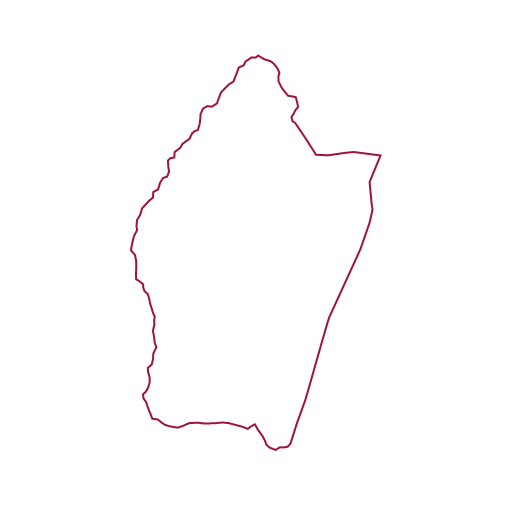 outline of Canapi, Alagoas, Brazil, rotated 164°
{"feature_id": "56859067B46648773088158", "entity_name": "Canapi", "entity_type": "district", "adm_level": 2, "iso_a3": "BRA", "parent_name": "Brazil", "parent_adm1": "Alagoas", "projection": "natural_earth1", "projection_center": [-37.509, -9.127], "detail": "fine", "context": "isolated", "style": "outline", "palette": "rose", "viewbox_px": 512, "rotation_deg": 164, "n_neighbors": 0, "source": "geoboundaries", "source_scale": "gbopen_adm2", "svg_char_len": 2093}
<svg xmlns="http://www.w3.org/2000/svg" viewBox="0 0 512 512"><g transform="rotate(164 256 256)"><path d="M274.6,66.1L262.6,84.2L253.4,96.9L247.8,104.7L236.3,123.1L218.6,151.6L205.9,171.8L202.4,177.0L175.2,208.7L168.3,216.8L153.9,233.6L139.6,253.9L137.4,257.1L134.1,263.1L131.2,268.5L130.3,275.2L126.4,295.8L108.6,318.3L123.8,324.9L128.7,327.0L133.4,329.0L137.8,329.9L144.1,330.9L158.9,332.9L170.5,336.8L171.6,340.9L173.8,348.3L174.8,352.0L181.7,373.2L183.8,375.7L183.6,379.9L181.0,382.0L177.8,385.4L174.5,387.6L174.1,391.7L174.0,397.7L176.9,399.3L181.0,401.2L182.8,405.4L185.0,410.9L186.2,417.7L184.9,422.6L183.0,425.7L183.6,430.4L185.5,435.2L187.9,438.8L190.8,441.0L193.4,442.5L195.9,445.0L198.6,448.1L201.6,446.8L205.6,448.1L212.5,445.8L215.2,442.7L220.6,441.9L225.2,435.6L229.7,429.8L234.8,428.5L244.5,422.9L249.6,416.2L251.4,413.5L257.3,411.7L261.5,413.5L266.3,412.3L270.3,407.4L271.6,403.5L273.8,398.4L277.1,393.2L280.6,392.9L283.5,391.6L287.7,386.9L292.2,385.4L296.0,383.9L299.0,380.9L305.6,378.3L307.4,373.2L311.4,373.6L314.3,372.1L315.6,366.5L316.4,360.9L319.6,356.8L323.8,356.6L327.8,353.1L331.7,347.1L337.1,345.8L338.9,340.6L343.7,338.5L352.5,333.1L355.8,327.7L360.4,323.4L362.7,317.6L363.1,313.7L367.8,308.8L372.9,299.8L374.6,295.8L372.0,290.4L372.6,284.0L374.4,277.5L376.5,271.3L377.6,266.7L374.9,263.7L372.3,259.9L373.1,256.5L372.8,252.8L370.6,249.3L370.4,245.3L370.9,239.0L370.7,233.0L370.7,229.3L370.0,225.8L371.5,222.6L372.6,218.1L375.8,212.3L376.1,207.6L377.3,200.4L376.8,196.0L381.6,190.5L383.2,185.8L386.1,180.5L390.8,178.3L391.7,174.2L391.7,168.6L393.3,163.4L395.8,159.5L399.3,155.9L402.7,154.2L403.4,150.1L401.9,145.8L401.7,140.2L401.0,133.5L400.5,128.1L395.6,126.0L393.3,122.8L390.2,118.9L386.5,116.4L383.1,114.7L378.6,112.6L372.8,112.8L369.3,113.4L366.0,113.7L361.6,112.7L357.5,111.7L353.4,109.8L348.0,108.1L344.3,107.4L340.8,106.4L334.5,105.3L328.5,103.0L316.1,95.6L311.6,92.1L307.9,93.6L303.5,94.5L302.0,88.4L299.4,81.2L298.3,76.0L298.0,71.7L295.7,68.1L290.7,64.2L285.8,65.5L281.9,64.3L278.3,63.9L274.6,66.1Z" fill="none" stroke="#9f1239" stroke-width="2"/></g></svg>